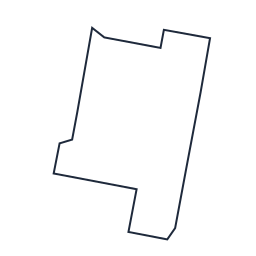 Lamar, Georgia, United States of America (Equal Earth projection), rotated 10°
{"feature_id": "52423323B62389899022657", "entity_name": "Lamar", "entity_type": "district", "adm_level": 2, "iso_a3": "USA", "parent_name": "United States of America", "parent_adm1": "Georgia", "projection": "equal_earth", "projection_center": [-84.155, 33.067], "detail": "fine", "context": "isolated", "style": "outline", "palette": "slate", "viewbox_px": 256, "rotation_deg": 10, "n_neighbors": 0, "source": "geoboundaries", "source_scale": "gbopen_adm2", "svg_char_len": 343}
<svg xmlns="http://www.w3.org/2000/svg" viewBox="0 0 256 256"><g transform="rotate(10 128 128)"><path d="M75.3,35.6L75.3,121.6L75.0,149.1L63.3,155.0L62.7,185.7L147.1,186.8L146.5,230.3L186.0,230.9L191.8,218.4L192.4,157.1L193.3,80.6L193.2,25.3L146.3,25.1L146.1,43.5L88.9,42.9L75.3,35.6Z" fill="none" stroke="#1e293b" stroke-width="2"/></g></svg>